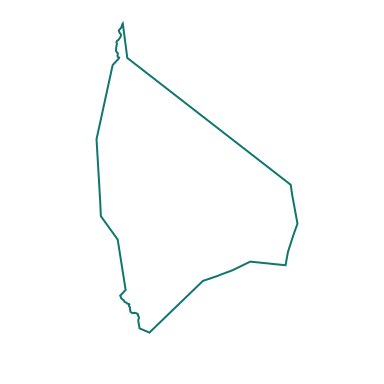 the district of San Pedro Jaltepetongo, Oaxaca, Mexico, rotated 284°
{"feature_id": "50627088B194314119844", "entity_name": "San Pedro Jaltepetongo", "entity_type": "district", "adm_level": 2, "iso_a3": "MEX", "parent_name": "Mexico", "parent_adm1": "Oaxaca", "projection": "orthographic", "projection_center": [-97.045, 17.683], "detail": "fine", "context": "isolated", "style": "outline", "palette": "teal", "viewbox_px": 384, "rotation_deg": 284, "n_neighbors": 0, "source": "geoboundaries", "source_scale": "gbopen_adm2", "svg_char_len": 1581}
<svg xmlns="http://www.w3.org/2000/svg" viewBox="0 0 384 384"><g transform="rotate(284 192 192)"><path d="M338.7,84.1L337.9,83.8L335.4,83.7L333.7,83.3L331.4,82.0L330.9,82.1L330.4,82.1L328.8,83.4L328.0,84.6L327.3,85.1L326.7,85.2L326.1,85.2L325.1,85.1L321.5,83.7L321.1,83.1L320.7,82.8L319.7,82.5L318.9,82.5L317.8,83.3L313.7,83.5L310.7,84.1L309.8,84.8L308.6,86.5L305.9,86.8L305.1,87.5L304.8,88.8L303.9,88.7L296.0,84.3L220.1,86.6L191.3,95.6L161.3,105.0L146.5,109.4L127.9,131.4L80.9,151.3L74.0,147.4L72.7,148.6L71.7,149.1L71.2,150.0L70.9,150.7L70.8,151.2L70.5,151.9L70.1,152.3L69.5,152.7L69.3,152.9L69.1,153.2L68.9,153.6L68.9,154.1L68.8,154.9L68.5,155.5L68.1,156.1L68.1,156.5L68.1,157.2L68.1,157.8L68.1,158.0L67.8,158.3L67.7,158.2L67.4,158.1L66.8,158.1L66.5,158.3L65.9,158.6L65.6,159.1L65.2,159.6L64.8,159.8L64.3,160.0L63.7,160.0L63.4,160.1L63.1,160.3L62.6,160.6L61.7,160.9L61.2,161.1L60.7,161.6L60.5,162.2L60.2,162.9L60.2,163.5L60.3,164.1L60.5,164.8L60.8,165.5L60.9,166.2L60.9,167.1L60.7,168.0L60.5,168.6L60.3,169.1L60.1,169.2L59.8,169.3L59.3,169.2L59.1,169.3L58.9,169.6L58.7,169.9L58.3,170.3L57.9,170.6L57.6,170.9L57.1,170.9L56.4,171.0L56.0,171.0L55.6,170.9L54.9,170.9L54.1,171.0L53.2,171.3L52.7,171.6L52.2,171.9L52.0,172.0L51.4,172.1L50.9,172.4L50.2,172.6L49.6,173.0L48.6,173.4L47.7,173.8L47.1,174.0L46.9,174.7L45.3,184.7L108.4,224.1L116.8,237.2L119.3,240.6L125.9,250.3L138.5,265.3L139.4,271.4L140.9,282.0L141.1,282.8L141.3,284.8L143.6,300.5L157.1,299.6L175.8,300.9L186.8,302.0L213.9,289.7L222.9,286.0L306.4,96.8L338.7,84.1Z" fill="none" stroke="#0f766e" stroke-width="2"/></g></svg>